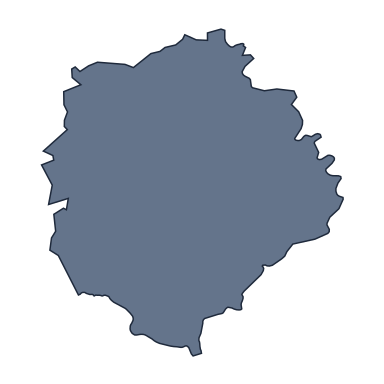 the Autonomous Community of Cuenca, rotated 92°
{"feature_id": "ESP-5818", "entity_name": "Cuenca", "entity_type": "Autonomous Community", "adm_level": 1, "iso_a3": "ESP", "parent_name": "Spain", "parent_adm1": "", "projection": "orthographic", "projection_center": [-2.034, 39.943], "detail": "fine", "context": "isolated", "style": "filled", "palette": "slate", "viewbox_px": 384, "rotation_deg": 92, "n_neighbors": 0, "source": "natural_earth", "source_scale": "10m", "svg_char_len": 3133}
<svg xmlns="http://www.w3.org/2000/svg" viewBox="0 0 384 384"><g transform="rotate(92 192 192)"><path d="M352.9,176.9L355.8,185.2L353.8,187.0L347.6,189.8L346.4,191.2L345.9,192.4L346.2,193.5L347.2,195.5L347.6,196.7L347.6,198.3L347.2,201.6L347.1,204.9L346.7,208.3L344.4,219.2L343.1,222.5L342.0,224.5L340.2,226.9L336.5,233.7L336.0,235.7L336.0,237.4L336.1,238.9L336.8,242.2L336.9,244.2L336.1,245.7L335.2,247.0L333.9,247.9L332.6,248.7L331.0,249.1L328.0,249.0L326.6,248.5L325.3,247.7L322.5,246.5L321.0,246.3L319.6,246.5L318.1,247.1L315.2,249.6L311.6,253.4L310.6,254.7L304.9,266.3L303.0,268.8L301.3,270.4L299.8,271.2L299.2,272.0L298.4,274.2L298.2,275.0L298.2,275.8L298.3,276.4L298.7,277.2L299.0,277.9L299.0,278.0L299.0,278.4L298.6,279.6L298.4,280.6L298.4,281.6L298.5,282.7L298.4,284.6L298.8,285.4L299.0,285.6L299.1,285.8L299.3,286.2L298.8,286.7L298.1,287.3L297.8,288.2L298.0,290.5L297.0,294.1L296.1,295.6L296.1,296.8L296.2,297.9L296.6,298.8L297.3,299.6L298.0,300.1L298.9,301.9L260.1,323.4L255.1,332.0L242.8,330.8L236.0,326.9L219.1,329.3L212.7,319.9L214.1,316.9L202.7,315.4L209.5,334.9L190.0,331.9L170.2,343.3L165.0,331.3L160.4,332.3L156.3,342.0L134.0,318.8L131.0,321.9L124.7,322.0L116.3,319.2L109.3,323.0L96.2,323.7L88.7,306.8L81.8,315.7L73.3,316.5L71.1,313.1L75.5,308.2L69.5,299.7L65.6,291.0L66.8,263.4L69.7,254.9L55.1,237.9L52.6,228.9L48.5,224.0L45.6,213.4L39.7,206.7L35.1,204.7L39.8,193.1L39.9,181.8L32.5,182.1L28.2,168.7L29.3,164.9L37.4,164.6L40.6,163.7L43.1,161.7L44.7,159.9L45.6,158.4L45.8,156.8L45.3,155.4L44.3,154.2L43.6,152.8L43.1,151.4L42.7,149.7L42.1,148.3L41.9,146.4L42.4,145.5L43.0,145.4L44.2,145.8L45.7,143.5L53.7,146.4L52.9,138.4L56.4,135.0L64.6,143.4L70.1,146.1L71.9,145.7L73.4,144.6L74.5,142.9L76.4,138.7L77.7,137.6L84.5,136.4L85.7,135.2L88.3,123.2L86.1,110.8L87.5,93.6L93.6,90.6L101.1,95.7L108.1,88.2L116.6,84.0L120.6,84.0L124.9,85.2L134.9,91.2L135.8,91.0L136.5,90.1L136.8,88.8L136.9,87.5L136.7,86.3L135.7,84.5L132.6,82.2L131.4,80.6L131.4,79.1L132.4,75.4L132.5,74.4L130.0,70.7L129.3,68.5L129.8,66.3L130.5,65.6L132.7,64.9L137.0,70.8L138.0,71.4L139.0,71.5L148.0,66.8L153.5,68.2L154.5,67.7L155.2,66.0L154.8,63.7L150.6,57.4L150.5,55.5L151.0,53.5L152.0,51.8L153.2,50.9L155.0,50.9L158.5,53.1L164.3,58.9L166.0,59.1L167.8,58.1L169.3,56.5L170.4,54.3L170.8,51.9L170.7,46.2L171.4,43.9L173.4,43.5L177.9,46.4L183.4,48.3L186.2,48.2L189.0,47.2L190.2,46.2L191.1,44.6L192.2,40.9L194.0,40.7L203.6,44.6L212.4,53.4L218.4,55.9L220.1,56.0L224.5,53.5L226.9,53.5L228.6,54.8L234.8,67.4L240.5,89.4L248.3,95.1L252.9,97.1L255.7,100.1L262.4,109.1L263.3,112.1L263.2,114.4L262.4,116.1L262.7,118.7L263.6,119.2L264.3,118.5L265.8,117.7L268.1,118.0L272.2,120.1L289.2,136.4L291.4,138.0L292.7,138.6L294.9,137.3L296.6,137.3L298.9,137.9L301.2,138.8L303.0,139.0L307.1,138.2L307.9,139.1L308.2,140.4L308.2,142.0L308.1,143.5L307.4,146.1L306.5,148.1L305.9,152.1L306.6,153.2L307.7,154.3L311.6,156.6L312.3,157.6L312.7,159.0L313.3,161.6L318.0,175.0L319.4,176.2L321.0,176.7L322.7,176.6L333.0,178.2L337.4,179.9L339.9,180.0L341.2,179.5L341.5,179.3L343.1,179.0L346.0,178.7L349.0,178.1L350.0,177.5L352.9,176.9Z" fill="#64748b" stroke="#1e293b" stroke-width="1.5"/></g></svg>